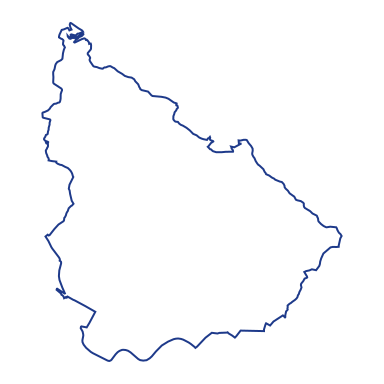 outline of Catcau, Salaj, Romania
{"feature_id": "2599482B34343100803691", "entity_name": "Catcau", "entity_type": "district", "adm_level": 2, "iso_a3": "ROU", "parent_name": "Romania", "parent_adm1": "Salaj", "projection": "equal_earth", "projection_center": [23.786, 47.241], "detail": "fine", "context": "isolated", "style": "outline", "palette": "blue", "viewbox_px": 384, "rotation_deg": 0, "n_neighbors": 0, "source": "geoboundaries", "source_scale": "gbopen_adm2", "svg_char_len": 5714}
<svg xmlns="http://www.w3.org/2000/svg" viewBox="0 0 384 384"><path d="M195.4,347.9L197.0,346.7L205.5,337.7L211.8,332.8L217.5,333.5L219.4,332.9L227.0,332.6L227.6,332.3L228.6,333.4L232.1,335.5L234.9,337.6L236.2,336.3L240.6,330.6L264.0,331.1L264.0,329.4L264.3,328.4L265.6,324.2L266.1,323.3L270.1,325.5L273.5,321.5L282.9,315.4L285.0,317.4L285.3,317.1L285.3,315.2L286.1,311.4L287.5,309.9L287.7,309.4L287.4,308.5L287.7,307.3L287.6,305.5L289.5,303.8L290.9,303.0L292.3,301.8L295.0,299.9L296.6,298.4L297.5,297.0L297.9,295.3L298.7,294.3L299.5,291.8L300.6,289.8L301.5,287.5L300.9,285.0L301.2,283.6L303.2,281.2L304.6,278.6L306.8,277.8L307.2,277.4L307.0,276.5L304.3,272.0L306.1,271.1L309.4,270.4L311.9,269.3L316.1,270.2L319.3,265.9L319.9,264.0L320.2,261.6L321.2,258.4L323.4,253.5L330.5,247.4L332.8,246.9L336.4,247.0L338.7,246.8L338.7,245.6L340.3,238.4L341.6,236.0L340.4,234.0L339.0,232.8L338.3,231.7L337.4,230.0L336.8,228.3L336.2,227.3L330.3,226.7L326.6,227.3L325.8,227.1L323.6,226.0L321.1,224.1L318.6,221.5L318.3,220.8L318.0,218.3L317.3,217.1L317.2,216.4L316.7,215.6L312.5,213.5L310.2,211.2L304.9,208.0L304.2,207.1L303.8,205.7L303.8,203.5L303.2,202.7L300.8,201.1L297.3,200.3L295.9,199.7L294.3,196.7L289.6,193.3L287.9,190.7L285.5,188.5L284.6,187.1L284.5,185.7L283.6,183.9L281.8,182.0L279.9,181.6L275.2,179.7L274.2,178.7L271.8,177.5L269.3,175.6L266.1,174.2L265.6,173.0L264.6,171.8L263.4,169.2L259.3,165.4L258.4,164.9L257.3,163.6L255.7,161.1L254.5,158.2L253.3,156.6L252.3,154.6L252.2,153.3L252.7,150.8L252.6,148.6L251.1,146.0L248.7,143.2L246.8,140.1L245.9,139.8L243.7,139.8L240.3,140.6L238.6,140.4L238.9,143.6L241.4,143.5L234.3,147.3L231.1,146.6L231.4,147.3L231.6,148.5L232.8,150.1L233.1,151.2L233.0,151.7L225.8,151.8L221.7,152.2L216.2,152.2L213.0,151.2L212.1,150.5L211.2,149.5L210.1,149.2L207.8,146.8L208.5,146.2L211.0,143.0L213.3,141.5L213.2,141.2L212.7,140.9L210.6,140.2L210.1,139.7L209.9,139.0L210.2,137.7L209.9,136.9L208.7,138.3L208.0,138.4L207.0,139.9L203.5,139.2L201.6,138.6L199.2,137.5L196.6,135.3L193.2,133.9L189.8,130.4L186.5,127.8L182.8,125.6L180.8,124.8L179.2,123.6L177.9,121.9L175.8,121.7L174.9,121.3L173.6,119.8L173.3,119.1L173.4,116.2L174.3,113.8L174.6,112.3L176.2,110.4L176.7,109.0L177.7,108.1L177.9,107.4L177.4,105.7L176.3,105.3L176.2,104.7L176.7,103.8L176.6,103.4L173.8,102.5L168.5,98.8L165.6,97.6L161.4,96.8L152.5,96.0L151.4,95.3L148.1,91.6L141.7,90.1L140.3,89.1L140.2,88.5L139.3,87.1L138.2,84.3L135.3,81.3L134.2,79.3L131.6,77.6L128.3,77.1L124.8,75.9L122.2,73.9L117.7,71.3L114.3,68.2L112.7,67.5L110.7,66.3L110.0,66.1L108.2,66.4L105.8,67.4L104.6,67.4L103.6,67.9L102.9,68.6L102.2,68.7L99.4,68.1L96.9,67.1L94.2,66.6L93.3,66.1L90.3,61.7L89.7,60.5L89.6,59.4L90.1,58.4L90.1,57.5L88.8,55.4L87.9,54.6L87.7,53.9L87.8,53.0L90.7,49.5L91.0,48.7L91.1,45.5L91.0,44.5L90.7,43.5L90.2,43.5L89.2,43.9L88.9,42.3L87.4,40.3L86.8,39.8L86.3,40.1L85.9,40.0L85.4,38.9L84.6,38.4L84.0,38.4L81.7,39.2L75.1,42.4L74.5,42.5L74.1,42.1L74.5,41.5L75.4,41.0L75.5,40.0L75.9,39.5L77.0,39.1L77.9,38.5L79.2,37.1L81.7,36.1L83.4,34.4L83.3,34.0L82.2,34.2L79.0,35.7L75.7,37.7L74.2,38.0L72.3,37.9L70.5,38.8L69.4,38.6L67.8,36.6L67.7,35.8L68.5,36.8L69.2,37.2L70.9,36.9L71.1,36.5L70.7,35.6L70.6,34.9L71.0,34.5L71.4,34.4L73.7,35.0L72.9,35.7L72.9,36.2L74.0,36.9L74.9,37.0L75.3,36.5L75.0,35.7L76.3,34.9L77.5,33.7L78.7,33.6L83.1,31.9L82.4,30.8L81.7,30.2L78.6,28.4L71.2,23.2L70.4,23.0L69.8,24.2L69.8,25.1L70.4,27.4L71.5,29.6L69.4,30.4L68.2,28.2L67.5,27.8L63.8,29.4L61.7,29.9L59.5,34.6L59.0,36.5L59.0,37.4L60.9,38.6L62.0,39.0L63.1,39.9L63.5,40.5L63.5,41.0L63.2,42.0L63.0,44.3L63.3,45.0L64.1,45.7L64.3,46.5L64.9,47.3L63.9,49.6L63.0,53.2L62.4,58.8L61.1,60.1L57.2,62.1L55.8,64.0L55.3,65.3L54.5,69.2L53.2,72.0L53.2,74.3L53.4,77.1L53.2,82.2L53.3,82.9L53.9,83.7L61.4,88.6L62.0,89.7L62.0,90.5L61.6,91.3L60.7,94.1L60.6,98.7L60.2,100.9L59.8,102.0L59.2,102.5L58.0,102.7L56.2,103.6L54.5,103.8L53.7,104.1L50.7,107.1L49.7,108.8L47.9,110.5L44.4,112.1L43.1,112.4L42.4,113.1L42.7,117.2L43.1,117.7L49.9,119.4L50.4,120.1L49.6,122.8L49.6,124.6L48.7,127.7L48.6,129.8L48.0,131.4L47.7,133.9L47.2,134.4L45.9,135.0L45.3,136.7L44.4,138.0L44.0,139.0L44.1,139.5L45.2,140.8L47.9,141.8L48.2,142.1L48.1,142.6L47.7,142.8L46.8,142.6L46.5,141.8L46.1,141.9L45.9,142.3L46.3,143.3L47.9,144.1L48.0,145.2L47.9,146.7L47.2,147.7L47.0,148.5L45.9,150.3L45.8,150.8L46.2,153.1L47.3,155.7L47.4,156.6L48.5,158.2L48.8,159.5L48.6,160.4L52.0,161.1L56.1,161.6L55.9,162.0L56.5,162.9L57.8,163.8L60.2,164.8L61.7,165.0L65.2,166.9L67.8,168.0L69.7,169.8L71.0,171.4L72.1,173.5L73.0,176.6L73.3,177.0L69.5,184.7L68.8,188.8L69.6,190.4L70.1,193.9L71.7,200.7L73.5,203.8L72.0,205.5L70.9,206.1L68.7,208.3L67.7,211.2L66.9,212.3L66.3,213.7L65.9,215.3L65.0,217.1L64.3,217.9L64.0,220.3L63.5,221.2L58.5,224.5L54.4,229.0L49.6,235.1L48.7,235.5L47.7,234.7L45.5,236.5L48.4,241.0L51.4,247.2L52.3,248.6L59.1,257.6L59.8,259.1L59.9,260.3L59.7,260.7L60.9,261.6L61.1,262.2L61.1,263.5L59.3,270.4L58.9,276.1L59.5,280.0L62.3,287.5L64.9,293.4L64.7,293.5L62.6,292.3L57.2,288.7L56.9,288.8L56.6,289.8L60.9,293.4L61.5,294.8L62.5,295.3L63.5,296.5L64.1,298.2L65.3,297.4L65.5,297.6L66.2,297.0L66.8,297.6L67.6,296.6L73.2,299.8L74.5,300.3L85.3,306.1L95.3,311.8L89.4,322.9L86.7,327.4L81.4,326.4L81.0,326.7L80.7,328.2L82.6,331.5L83.2,334.2L83.3,335.7L82.4,340.2L82.5,342.1L83.6,344.6L86.1,347.8L90.8,351.9L92.9,353.2L107.6,360.6L109.2,361.0L110.6,360.5L111.4,359.9L115.6,354.3L117.6,352.2L119.5,350.9L122.0,349.9L123.3,349.8L125.6,350.0L127.9,350.7L129.2,351.5L130.6,352.4L138.2,359.0L140.1,360.1L143.2,360.6L146.6,360.2L149.7,358.3L151.8,356.4L155.9,351.5L161.8,345.5L168.1,341.6L173.6,339.2L175.8,338.7L178.1,338.5L180.9,338.9L183.1,339.6L185.1,340.6L188.7,342.5L190.9,344.0L194.5,346.9L195.4,347.9Z" fill="none" stroke="#1e3a8a" stroke-width="2"/></svg>